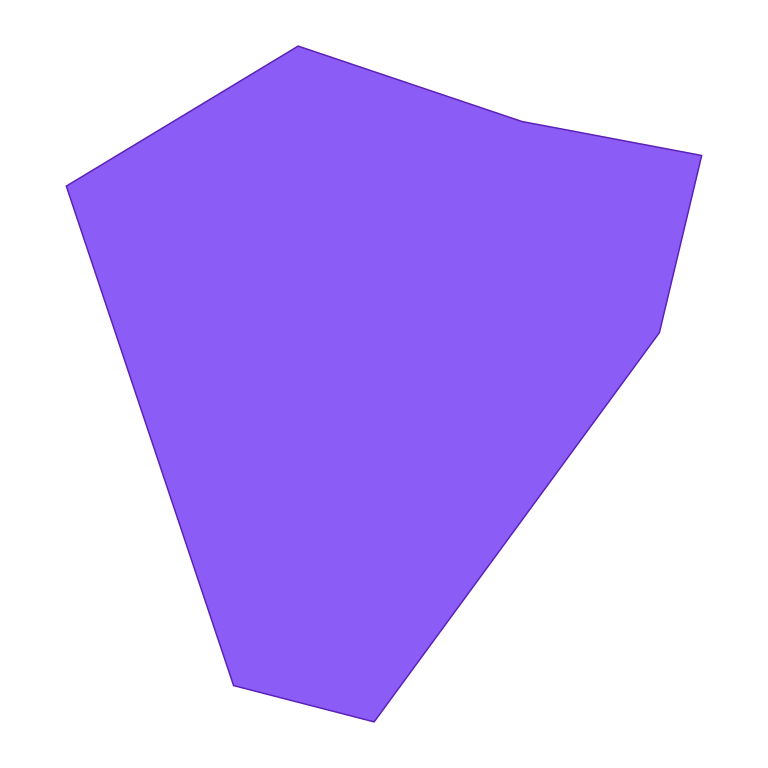 Meneng, Equal Earth projection
{"feature_id": "NRU-4982", "entity_name": "Meneng", "entity_type": "state/province", "adm_level": 1, "iso_a3": "NRU", "parent_name": "Nauru", "parent_adm1": "", "projection": "equal_earth", "projection_center": [166.942, -0.541], "detail": "fine", "context": "isolated", "style": "filled", "palette": "violet", "viewbox_px": 768, "rotation_deg": 0, "n_neighbors": 0, "source": "natural_earth", "source_scale": "10m", "svg_char_len": 226}
<svg xmlns="http://www.w3.org/2000/svg" viewBox="0 0 768 768"><path d="M701.7,155.5L659.4,332.6L374.1,721.9L233.6,685.6L66.3,186.1L298.1,46.1L521.9,121.5L701.7,155.5Z" fill="#8b5cf6" stroke="#5b21b6" stroke-width="1.5"/></svg>